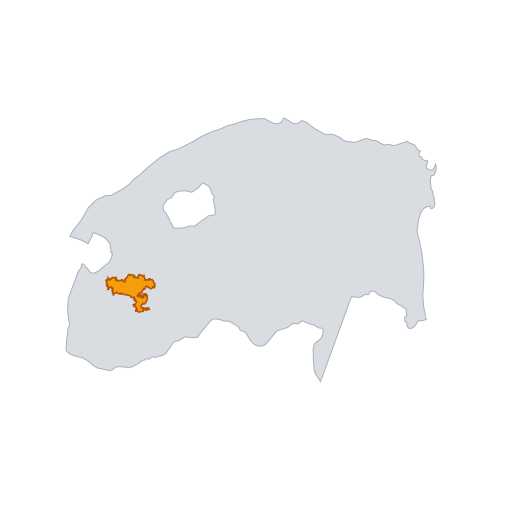 Nkangala, Mpumalanga, South Africa (highlighted), rotated 200°
{"feature_id": "47623444B64302501149239", "entity_name": "Nkangala", "entity_type": "district", "adm_level": 2, "iso_a3": "ZAF", "parent_name": "South Africa", "parent_adm1": "Mpumalanga", "projection": "mercator", "projection_center": [29.297, -25.643], "detail": "fine", "context": "in_parent", "style": "filled", "palette": "amber", "viewbox_px": 512, "rotation_deg": 200, "n_neighbors": 0, "source": "geoboundaries", "source_scale": "gbopen_adm2", "svg_char_len": 8781}
<svg xmlns="http://www.w3.org/2000/svg" viewBox="0 0 512 512"><g transform="rotate(200 256 256)"><path d="M354.7,98.2L366.5,96.6L371.7,97.5L378.1,100.0L384.1,100.9L394.2,100.0L397.6,100.4L400.4,101.3L402.4,102.7L405.3,112.8L407.8,123.7L407.7,127.2L408.1,128.6L410.9,133.2L412.0,136.1L413.7,138.5L417.4,150.2L417.8,152.3L417.8,180.9L416.4,184.3L417.0,188.9L415.3,189.4L405.2,183.7L403.4,183.9L400.6,186.0L398.0,189.4L396.7,192.3L391.7,200.1L391.3,205.0L391.7,209.3L393.4,209.5L394.6,212.5L397.4,217.4L402.1,220.5L406.4,221.9L412.4,222.3L417.2,222.2L416.9,218.9L418.0,210.1L425.9,211.2L437.7,210.9L436.9,216.6L432.6,229.7L429.9,244.5L426.4,252.0L424.4,255.1L418.7,260.6L415.7,262.5L413.2,263.1L403.4,274.3L399.8,279.7L396.5,287.5L393.3,291.9L388.6,301.2L380.3,315.0L373.3,324.1L370.1,326.7L368.0,327.9L362.5,333.2L354.6,341.7L348.6,349.3L339.6,358.0L334.4,361.8L326.6,369.3L324.4,370.4L315.6,377.4L309.3,381.7L299.0,386.6L295.0,388.0L285.2,386.7L281.2,387.4L277.8,390.4L277.5,394.7L276.1,395.3L267.1,393.3L263.4,393.7L261.3,396.0L259.5,398.9L254.4,399.0L245.3,396.0L234.6,394.2L232.1,394.0L226.9,396.2L225.1,396.6L217.5,396.1L213.3,394.7L209.3,394.7L206.2,395.8L202.5,396.2L192.4,404.3L187.2,404.4L182.7,405.3L174.7,404.2L172.3,404.7L170.0,406.2L164.5,406.8L162.4,408.0L153.3,415.4L149.5,414.7L144.8,414.6L139.4,410.6L137.3,410.9L137.9,409.7L138.0,407.6L136.1,405.4L134.0,405.5L132.9,403.7L129.7,403.6L127.0,404.1L126.5,397.3L125.2,396.6L122.0,396.5L120.4,396.7L119.7,397.3L118.8,398.9L118.8,403.7L117.7,402.3L116.4,399.4L116.0,396.4L116.4,392.8L118.9,391.4L118.2,386.9L114.4,379.0L112.1,377.4L110.3,373.3L108.4,371.9L107.7,369.1L105.9,366.9L105.3,363.3L106.3,361.3L107.8,360.2L109.4,362.0L111.4,361.3L114.2,358.7L115.8,354.9L115.9,348.7L115.5,344.9L113.3,335.0L112.2,332.7L107.3,325.6L101.5,316.2L94.2,301.5L90.7,292.6L85.4,274.9L80.7,264.9L75.0,255.6L74.3,255.0L75.2,253.9L78.2,251.8L79.6,251.2L80.4,251.5L81.1,250.9L81.8,249.4L82.3,246.2L83.7,242.7L85.0,241.3L87.8,240.3L89.8,241.6L90.7,242.8L91.0,244.5L91.9,245.3L93.4,245.3L94.4,246.3L95.0,248.4L94.9,249.9L94.1,250.9L94.2,252.1L95.3,253.6L96.4,257.1L102.0,258.8L105.1,259.0L108.1,259.9L110.9,261.4L115.5,261.8L121.9,261.0L127.2,261.4L131.3,262.9L134.3,263.1L136.2,262.2L137.0,260.8L136.7,259.1L137.6,257.9L139.7,257.5L141.4,256.1L142.7,253.9L145.6,252.2L150.1,250.8L152.4,250.8L152.4,160.0L160.5,166.1L162.3,169.0L166.3,177.4L170.4,187.8L171.0,192.9L170.8,194.0L166.7,200.8L166.5,204.2L167.0,208.2L168.0,210.2L169.2,210.8L172.1,209.9L176.5,210.9L185.0,210.5L189.2,211.0L190.3,210.7L191.3,209.8L192.4,207.4L193.4,206.6L197.3,205.6L199.1,204.2L201.9,199.5L210.3,193.2L211.2,191.6L216.5,176.6L218.1,174.4L220.4,173.0L225.0,171.9L227.8,172.5L230.7,173.8L234.0,176.0L238.9,180.1L240.6,180.7L245.5,180.9L248.6,183.6L257.8,185.4L260.5,185.3L263.3,183.9L268.1,183.9L273.2,182.9L276.3,180.2L282.2,163.8L282.9,160.2L283.5,159.2L288.4,157.4L294.3,156.0L295.5,155.2L299.1,150.7L303.9,146.9L307.3,134.0L309.5,130.9L310.8,129.6L311.7,129.6L312.9,128.8L314.5,127.2L316.4,126.2L318.6,125.9L320.0,124.8L320.7,123.1L321.8,122.2L323.4,122.3L324.3,121.7L324.6,120.6L328.2,117.8L328.3,116.7L330.3,114.0L334.3,109.6L338.1,107.2L341.7,106.8L348.3,104.6L350.6,102.5L352.1,99.7L354.7,98.2ZM343.7,293.4L349.6,291.1L354.0,288.0L354.9,282.5L358.3,279.0L359.5,275.9L360.4,271.5L358.5,266.9L355.7,265.6L350.8,261.7L348.6,259.0L345.6,256.8L343.5,254.1L340.1,255.0L334.8,257.1L331.6,259.1L328.8,261.5L323.8,263.2L319.2,270.7L317.7,272.3L314.1,277.8L308.8,280.5L308.7,281.5L310.5,286.0L312.9,290.5L315.4,294.1L315.3,296.4L316.2,298.2L318.5,299.4L322.3,304.0L324.2,305.4L330.1,306.5L330.9,306.2L332.5,303.5L332.8,301.6L336.7,295.7L338.4,293.8L343.7,293.4Z" fill="#d9dde1" stroke="#a8b0b8" stroke-width="1"/><path d="M340.8,191.5L341.1,191.9L340.8,192.1L340.9,192.3L340.7,192.5L340.5,193.0L341.2,193.5L341.3,194.3L341.5,194.1L341.4,195.4L342.6,195.7L343.4,196.0L343.5,197.1L344.6,197.6L344.6,197.8L345.4,198.3L346.0,197.9L346.3,197.8L346.9,197.7L347.5,197.4L347.8,198.4L348.2,198.3L348.9,198.0L349.3,196.8L349.3,196.2L350.5,196.4L350.7,196.2L351.1,195.8L351.4,195.9L351.4,195.7L351.8,195.5L352.5,195.5L352.7,196.3L353.2,197.6L354.1,198.0L354.1,198.4L354.5,199.4L355.3,198.8L355.4,198.7L355.5,198.7L355.8,198.5L356.1,198.8L356.6,198.8L356.5,198.7L357.6,198.8L358.1,198.3L359.2,198.5L359.4,198.6L359.5,198.4L359.6,198.2L359.4,198.1L359.9,197.1L359.9,196.4L359.3,195.9L359.6,195.4L359.4,195.2L359.8,195.1L360.1,194.7L360.4,194.9L361.9,195.1L361.9,194.9L362.3,194.2L362.7,194.1L363.1,194.5L364.2,195.0L363.7,196.1L364.2,196.1L364.7,196.1L364.9,195.8L366.1,195.9L366.6,195.9L367.2,195.6L367.4,195.5L367.6,194.9L368.6,195.4L369.6,194.6L369.5,193.9L369.7,192.5L370.1,191.6L370.9,190.2L370.7,190.0L370.7,189.4L371.2,189.0L370.7,188.3L370.2,188.0L370.3,187.6L370.5,186.8L370.8,186.5L371.7,186.7L372.7,187.6L373.0,187.8L373.9,187.9L373.7,187.0L374.7,186.9L375.8,186.5L375.9,186.1L376.0,186.1L377.2,185.7L377.3,185.5L378.3,185.9L378.6,185.1L379.9,185.6L379.3,186.8L379.5,187.3L380.1,187.6L380.5,188.1L381.2,187.0L382.3,187.1L382.6,187.1L383.2,186.9L383.4,186.3L384.0,185.9L383.8,185.7L384.1,185.3L384.1,185.2L384.5,184.8L384.6,185.4L385.3,184.7L384.7,184.1L385.1,183.4L385.4,183.2L386.3,184.2L387.3,184.7L386.7,183.8L387.4,183.0L387.6,183.1L388.0,183.1L388.0,182.8L388.6,181.9L387.3,181.4L387.5,181.0L387.9,180.8L387.4,179.9L387.0,178.9L386.9,178.9L386.6,179.0L386.4,179.0L385.9,179.0L385.7,178.5L386.4,177.2L386.2,177.1L386.1,176.9L385.9,176.8L385.6,176.8L385.2,177.0L385.0,176.4L384.5,176.7L384.1,175.4L383.9,175.4L383.7,174.7L383.8,173.8L383.3,174.0L382.8,174.7L383.1,175.7L382.5,176.4L381.7,177.4L381.3,177.0L380.6,176.3L380.1,176.5L379.7,177.0L379.4,176.6L379.0,176.0L379.3,175.4L379.2,175.4L379.5,174.1L378.9,173.9L378.8,174.3L378.6,174.2L378.4,174.1L378.2,173.4L378.1,173.2L378.4,172.9L378.3,172.6L378.2,172.8L378.1,172.6L378.1,172.1L377.9,172.1L377.8,171.9L377.1,171.4L377.0,171.2L376.7,170.6L376.4,171.3L376.6,171.3L376.4,171.9L376.2,172.1L375.7,172.6L375.4,173.0L374.5,174.4L373.8,174.1L373.7,173.7L372.5,173.5L371.4,173.7L371.4,174.3L370.4,174.8L370.3,174.7L370.2,174.4L370.1,174.2L370.0,174.3L370.0,174.2L369.9,174.2L369.3,174.2L368.8,175.2L368.5,175.1L367.9,174.8L366.7,174.5L365.3,175.2L364.8,175.1L363.3,175.3L363.3,175.7L361.8,175.4L360.6,175.5L359.5,175.3L359.4,174.5L358.9,174.7L357.6,174.6L357.4,174.8L357.2,175.3L357.0,175.2L356.4,175.5L356.1,174.4L354.7,174.9L354.9,174.8L355.4,174.1L355.7,173.2L355.5,172.8L354.4,173.1L353.9,173.2L353.8,172.5L353.7,172.6L353.6,172.4L353.4,172.4L353.0,172.2L352.9,172.2L352.6,172.2L352.6,171.9L352.5,171.5L352.8,170.3L352.7,168.8L353.8,169.0L353.7,168.7L354.6,168.2L354.1,167.9L353.9,167.9L353.7,167.9L353.8,167.6L353.7,167.6L353.4,167.0L352.2,166.7L351.3,167.1L351.2,167.1L350.8,166.4L350.6,165.8L350.4,165.4L349.8,165.6L349.7,165.3L349.8,165.3L349.4,164.3L350.5,163.8L350.4,163.5L350.1,163.0L349.2,163.4L348.4,163.8L348.2,163.4L346.5,163.2L345.5,164.3L344.9,164.5L344.3,164.7L343.7,165.0L343.1,165.5L343.4,166.2L343.7,166.8L343.2,166.9L343.1,167.1L340.2,167.6L340.6,168.6L339.6,168.7L338.5,169.0L338.1,169.2L338.4,169.4L338.8,170.4L338.2,170.6L339.9,170.3L340.7,169.8L341.4,169.5L341.6,169.1L342.9,168.9L343.7,168.5L343.7,168.3L344.0,168.2L344.1,168.9L344.5,168.8L345.4,168.2L346.1,168.1L346.5,169.1L346.4,169.1L346.9,169.9L347.0,171.0L346.9,171.0L346.6,170.8L345.9,172.0L346.0,172.4L345.9,172.3L345.1,172.6L344.7,172.8L344.5,173.0L343.9,173.4L343.7,173.5L343.8,175.0L343.4,175.5L343.5,176.3L343.6,176.6L343.4,176.7L343.3,176.8L343.7,177.3L343.7,178.1L343.5,178.4L343.7,179.1L344.0,179.7L343.9,179.8L344.3,180.8L344.6,181.5L344.8,181.9L345.4,182.1L345.6,181.2L345.7,180.9L346.0,180.9L346.6,181.2L346.5,182.0L346.3,182.4L346.4,182.7L346.6,182.6L346.9,182.6L347.2,182.6L347.6,182.3L347.8,182.4L348.3,182.2L347.9,181.5L347.6,181.5L347.6,181.1L348.2,181.0L348.3,181.4L348.9,181.5L349.0,181.1L348.8,180.9L348.7,180.9L348.3,179.2L347.6,179.4L347.3,178.7L347.9,178.2L348.5,177.7L348.6,177.8L348.9,178.2L349.0,178.3L348.7,179.3L349.8,178.2L349.9,179.0L350.6,180.1L352.0,179.4L351.7,179.0L351.5,178.6L351.9,178.5L352.0,178.4L352.1,178.0L352.1,177.9L352.3,178.0L352.5,178.1L352.8,178.0L353.0,178.2L353.0,178.3L353.5,177.6L353.8,178.4L354.0,178.5L353.7,178.8L353.3,178.9L352.6,179.2L352.7,179.4L352.8,179.6L352.7,180.5L353.2,180.6L353.3,180.8L353.0,180.9L353.2,181.1L351.1,181.9L350.7,183.2L351.4,183.6L350.9,184.4L350.4,185.6L350.5,185.6L350.7,185.9L350.4,187.2L349.3,186.7L349.2,186.9L349.3,187.0L349.1,188.1L349.2,189.2L349.3,189.2L349.3,189.3L348.9,190.1L348.8,189.9L348.1,190.0L347.9,190.0L347.2,190.0L346.8,190.2L346.5,189.5L346.4,189.5L345.4,189.7L344.1,189.3L343.7,189.2L342.8,190.0L342.7,190.3L342.5,191.4L341.6,191.1L341.4,191.4L341.1,191.3L340.8,191.5Z" fill="#f59e0b" stroke="#b45309" stroke-width="1.5"/></g></svg>